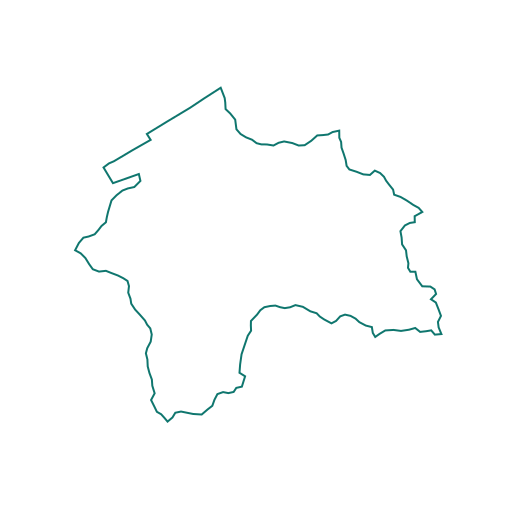 Urussanga, Santa Catarina, Brazil, rotated 59°
{"feature_id": "56859067B50326719422970", "entity_name": "Urussanga", "entity_type": "district", "adm_level": 2, "iso_a3": "BRA", "parent_name": "Brazil", "parent_adm1": "Santa Catarina", "projection": "mercator", "projection_center": [-49.316, -28.492], "detail": "fine", "context": "isolated", "style": "outline", "palette": "teal", "viewbox_px": 512, "rotation_deg": 59, "n_neighbors": 0, "source": "geoboundaries", "source_scale": "gbopen_adm2", "svg_char_len": 2504}
<svg xmlns="http://www.w3.org/2000/svg" viewBox="0 0 512 512"><g transform="rotate(59 256 256)"><path d="M352.4,417.1L351.4,410.8L348.8,405.9L350.7,400.4L359.0,391.3L363.9,384.2L362.6,376.5L361.9,370.6L357.8,365.6L354.5,360.2L355.7,354.3L359.3,350.3L361.0,345.2L358.9,340.8L360.7,335.4L353.5,327.3L347.6,330.3L340.7,325.4L332.8,319.0L320.1,304.1L317.5,298.7L312.9,296.2L309.1,293.8L306.8,285.3L304.7,280.2L304.2,275.2L306.2,269.5L308.5,264.9L312.3,261.7L315.5,258.2L317.5,253.2L318.4,247.5L323.7,242.0L331.4,237.9L336.3,233.5L340.7,232.5L345.4,230.3L352.6,226.0L352.9,220.8L351.1,214.9L352.1,209.9L356.0,205.8L361.0,202.9L365.9,201.5L372.2,197.7L376.6,193.3L382.1,195.5L386.8,195.5L386.4,190.1L386.4,183.5L390.2,176.2L394.9,170.3L398.0,162.8L399.7,156.6L405.6,154.4L408.1,148.9L410.0,144.1L415.5,143.2L418.4,137.3L411.2,136.2L406.2,134.0L402.6,128.3L395.7,127.0L388.5,125.8L383.2,128.3L381.3,121.2L376.6,120.1L372.0,122.3L367.6,129.1L358.8,130.0L351.6,127.5L349.0,131.8L344.4,131.8L340.7,129.1L333.9,127.0L328.4,124.5L321.3,124.8L315.2,121.7L309.1,119.4L306.5,112.6L306.9,107.1L308.8,102.5L303.6,99.5L303.9,90.8L298.5,91.8L293.2,94.9L286.1,98.2L279.8,101.7L274.6,106.0L269.7,104.3L263.1,105.2L258.4,105.7L254.0,105.5L248.8,106.9L244.0,110.2L245.2,116.6L241.3,122.0L235.6,126.4L229.9,131.4L225.4,131.9L219.9,129.7L213.1,128.1L207.2,126.9L202.1,124.3L197.6,123.7L191.4,120.1L189.2,126.5L189.0,131.6L186.8,136.4L184.2,141.4L185.7,149.3L186.1,157.2L183.3,162.5L177.9,166.7L172.3,172.9L170.6,178.3L170.3,184.1L166.0,189.2L163.1,193.9L159.6,197.4L154.3,199.5L149.2,203.4L143.5,206.4L137.3,207.5L128.4,203.6L120.5,204.7L114.4,206.4L108.6,203.3L104.5,201.5L98.8,200.5L93.6,199.6L94.2,219.4L95.0,236.3L95.0,242.0L95.0,254.0L95.0,264.1L95.2,286.7L102.2,286.5L101.7,307.4L101.6,329.1L100.9,334.3L101.6,341.1L119.9,341.1L125.4,314.2L132.1,316.4L134.2,324.8L132.1,331.0L131.1,336.8L132.1,344.2L133.9,351.2L137.8,355.5L141.9,360.0L145.7,363.7L149.8,367.3L150.7,373.0L152.6,377.8L154.3,383.1L153.1,389.4L151.4,394.5L153.6,401.1L157.9,408.1L163.4,404.9L169.8,403.3L177.2,403.2L183.3,402.7L188.5,398.6L191.4,392.3L195.9,388.9L201.6,384.4L206.7,381.2L211.2,379.0L216.4,380.4L221.6,384.4L228.0,385.6L232.6,387.5L239.7,387.2L246.4,385.8L254.1,384.4L258.8,384.7L263.6,383.9L269.6,385.8L275.2,390.4L279.0,396.7L282.7,400.5L288.8,402.4L294.9,405.7L301.4,407.6L308.3,408.9L313.8,411.7L321.5,413.6L325.4,420.1L333.0,420.7L338.5,421.2L342.8,418.8L347.4,417.9L352.4,417.1Z" fill="none" stroke="#0f766e" stroke-width="2"/></g></svg>